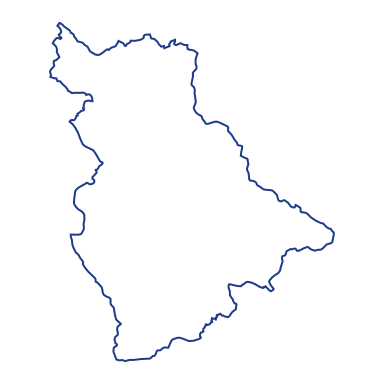 outline of Bao Thang, Lào Cai, Vietnam
{"feature_id": "81297802B25560916681091", "entity_name": "Bao Thang", "entity_type": "district", "adm_level": 2, "iso_a3": "VNM", "parent_name": "Vietnam", "parent_adm1": "Lào Cai", "projection": "orthographic", "projection_center": [104.134, 22.379], "detail": "fine", "context": "isolated", "style": "outline", "palette": "blue", "viewbox_px": 384, "rotation_deg": 0, "n_neighbors": 0, "source": "geoboundaries", "source_scale": "gbopen_adm2", "svg_char_len": 5804}
<svg xmlns="http://www.w3.org/2000/svg" viewBox="0 0 384 384"><path d="M197.6,53.3L194.2,50.7L191.6,49.9L189.6,49.9L188.6,49.1L187.7,49.1L187.4,48.0L187.4,45.1L184.2,45.0L180.4,43.2L176.5,45.0L175.8,45.0L174.5,44.4L174.2,44.2L174.2,43.8L174.5,42.3L175.1,41.4L175.0,39.8L170.6,41.6L170.4,42.7L169.3,43.8L169.2,44.9L169.7,45.8L169.4,46.2L164.3,48.2L164.0,46.0L161.3,46.7L159.0,44.4L157.5,41.9L154.1,38.8L151.7,38.6L151.2,38.2L149.9,34.5L149.2,34.5L145.3,34.7L143.7,35.9L143.8,37.2L143.4,38.2L140.4,39.8L135.4,40.8L130.6,40.7L130.2,42.3L126.9,44.2L125.7,46.0L124.9,45.9L123.8,44.0L122.6,42.9L118.5,40.9L117.6,42.9L115.6,46.1L115.1,46.4L111.4,47.7L109.4,49.1L108.8,50.0L107.4,49.4L106.5,49.6L103.9,51.8L99.8,54.6L97.8,55.0L95.2,54.5L94.5,54.2L93.7,53.4L93.3,53.4L90.5,51.7L89.9,51.1L87.5,46.7L84.3,44.7L83.6,43.6L82.3,42.6L77.4,41.3L76.5,39.5L74.1,36.3L73.8,35.0L72.8,33.7L70.6,32.7L70.2,31.2L69.5,30.3L64.0,26.4L62.6,24.8L59.9,23.0L59.1,23.1L58.6,24.7L57.7,25.2L57.4,25.9L59.6,27.9L60.5,29.3L61.1,31.5L61.0,32.7L58.7,34.8L59.5,35.5L59.7,37.3L61.3,37.5L61.3,38.3L60.4,39.0L57.9,38.0L56.5,38.1L53.8,41.2L52.8,43.5L54.7,45.0L56.2,46.8L57.0,49.5L56.8,52.1L59.3,57.0L58.9,57.8L57.7,58.7L56.6,59.9L53.9,60.9L53.6,63.3L54.2,65.3L54.1,66.2L51.1,69.4L50.2,70.9L50.1,72.4L51.0,75.0L50.4,76.9L54.6,78.4L55.8,78.2L56.4,78.4L57.4,81.1L58.7,81.3L59.9,81.2L62.3,83.9L65.8,87.1L67.6,89.5L68.1,90.9L69.7,91.5L71.6,93.0L78.3,92.7L79.4,93.0L81.7,92.6L83.9,92.8L85.9,93.8L86.2,94.9L88.6,94.3L90.0,94.6L91.3,96.1L92.1,97.6L92.4,101.2L88.5,100.6L87.0,100.8L84.8,101.7L83.7,104.9L83.8,106.8L83.0,107.9L83.2,108.4L84.1,109.0L83.8,110.2L82.7,110.7L81.2,110.8L79.8,112.3L77.4,113.8L77.8,115.5L76.4,115.9L76.0,117.6L74.5,119.8L73.8,120.2L71.1,120.1L69.9,121.1L69.6,121.7L72.6,124.2L75.5,128.1L77.9,132.5L80.7,139.9L82.7,144.1L84.2,145.6L86.1,146.8L93.1,150.2L95.2,152.9L99.9,161.0L100.5,161.6L102.5,162.5L102.7,163.1L101.6,164.6L99.6,165.9L98.9,166.7L97.9,168.9L97.1,169.5L95.7,169.8L95.8,170.5L96.6,171.7L96.5,172.8L92.3,177.3L92.6,179.0L93.6,179.5L94.2,180.3L94.4,181.7L94.0,182.6L93.0,183.5L91.9,184.0L90.0,184.3L86.8,182.7L85.3,183.8L78.5,187.6L76.1,189.8L75.4,191.1L75.0,192.1L74.7,195.8L74.2,198.5L74.0,203.3L74.8,205.2L76.6,207.7L78.6,209.5L82.3,211.8L84.1,214.3L84.3,215.0L84.4,219.7L83.6,224.2L83.9,228.0L83.6,229.6L82.3,232.2L80.9,234.2L78.1,234.7L70.7,234.6L70.8,236.8L71.8,239.6L72.5,245.1L73.3,247.3L75.8,252.4L78.6,254.9L79.9,257.5L82.8,261.4L83.2,262.5L82.9,263.8L83.0,264.5L85.7,268.6L88.2,271.6L95.0,278.2L95.5,279.2L95.7,281.7L97.5,282.6L101.8,287.4L102.6,290.9L102.6,292.2L103.7,294.7L106.2,296.5L108.8,297.4L110.5,298.8L110.6,303.7L111.1,304.8L113.3,307.1L113.8,307.9L115.1,315.7L116.2,319.6L120.8,323.8L120.7,324.2L118.0,326.3L117.3,327.6L117.1,329.6L117.8,332.4L117.9,334.6L115.3,337.0L114.5,339.2L115.3,342.9L116.9,344.4L116.9,345.5L113.9,347.6L113.4,351.2L113.6,352.2L116.4,359.5L118.8,360.2L119.7,360.4L122.2,360.0L124.6,360.9L125.6,361.0L129.7,359.9L132.6,360.0L141.7,359.0L150.0,358.6L152.9,356.0L154.2,355.9L154.7,355.6L156.0,353.6L156.7,351.2L157.4,350.5L160.5,350.2L162.3,348.5L164.5,347.4L168.3,347.7L171.1,341.3L172.1,339.9L172.9,339.4L177.3,337.8L179.4,337.7L182.9,338.7L189.1,341.1L193.7,340.7L199.3,338.9L200.7,338.0L200.8,337.3L200.0,336.3L200.0,334.1L201.1,332.4L202.4,332.3L203.5,331.2L203.2,330.2L203.4,328.7L204.8,327.2L205.8,324.4L206.2,324.3L206.6,325.1L207.3,325.1L209.7,324.2L211.0,322.4L212.1,322.2L212.1,321.3L211.4,320.3L211.9,319.3L212.0,318.2L213.2,318.8L214.5,318.5L215.5,319.5L215.9,319.5L216.0,317.7L217.1,316.8L216.6,315.7L216.8,315.0L217.4,314.7L218.3,314.9L220.0,313.7L220.5,313.9L221.9,315.5L223.3,315.5L224.2,316.3L227.9,317.2L229.7,315.9L230.8,313.9L232.8,311.5L235.8,309.4L236.0,308.8L235.8,307.7L236.4,305.7L236.5,304.2L236.1,303.7L234.8,303.5L234.3,303.0L233.3,301.2L232.8,299.5L231.5,297.8L229.9,295.1L229.9,291.5L228.6,287.8L228.6,285.8L229.0,284.4L230.6,284.4L237.9,286.1L241.1,286.2L242.2,284.7L243.3,284.5L246.0,282.3L247.7,281.8L251.8,282.7L255.5,284.4L259.0,286.5L262.8,288.0L263.1,287.9L263.7,287.0L264.5,287.3L264.9,286.7L265.6,286.3L269.2,290.2L270.3,291.0L271.2,291.2L273.4,289.6L273.6,288.8L270.6,285.0L269.2,282.1L269.2,281.1L270.4,279.3L272.2,277.4L275.2,275.0L277.6,273.6L279.3,271.8L280.3,269.8L280.6,267.8L282.6,261.5L281.9,257.7L282.4,256.2L285.1,255.3L286.0,253.5L286.4,251.6L286.9,251.0L290.6,249.0L292.0,249.3L294.6,248.5L295.7,248.9L297.1,250.8L297.8,250.9L298.6,250.5L299.1,250.7L304.1,248.1L307.5,247.0L308.0,247.0L310.7,249.2L314.3,250.6L316.0,250.4L318.3,249.7L319.9,249.8L321.3,249.4L323.1,248.1L326.7,244.4L331.3,243.1L332.2,242.2L333.9,234.1L333.8,233.3L333.7,232.5L331.6,230.3L330.8,228.9L329.1,228.6L326.9,227.4L323.0,223.4L321.2,223.2L315.5,220.5L311.1,217.5L306.8,213.3L304.4,212.5L301.3,212.2L300.7,211.6L300.4,208.2L300.1,207.6L296.0,205.1L295.5,205.0L295.2,206.5L294.6,207.4L292.9,207.4L290.9,206.5L288.1,202.8L284.7,200.3L283.8,200.2L281.2,201.4L279.2,200.9L278.3,200.0L277.1,195.7L276.5,194.4L272.9,190.9L271.6,190.3L264.5,189.6L263.0,189.1L260.7,187.2L257.4,185.3L256.7,184.2L256.3,182.9L254.9,181.7L253.5,181.0L250.0,180.5L249.2,179.3L248.6,173.2L247.0,169.8L247.1,168.2L248.4,164.1L247.8,161.3L247.6,159.3L247.1,158.7L244.0,157.5L240.8,155.7L241.1,153.1L242.2,147.4L242.1,146.3L241.3,145.8L238.2,145.3L237.5,144.7L237.1,143.0L234.7,139.9L231.6,134.8L228.0,130.8L228.0,129.7L228.3,127.9L228.0,127.0L227.1,126.2L220.4,123.0L218.3,122.1L216.4,121.6L214.5,121.8L208.1,123.8L206.7,123.9L205.8,123.6L204.4,121.4L202.7,119.3L201.4,116.0L197.9,114.2L196.0,112.5L194.3,109.7L193.7,107.7L195.8,102.1L195.0,95.5L194.5,93.4L194.8,89.8L194.1,87.4L191.6,85.0L191.5,83.5L193.1,75.6L192.8,74.4L192.9,73.0L193.6,71.7L196.1,69.2L196.4,68.4L196.6,66.6L195.6,63.8L195.6,60.1L196.1,57.5L197.6,53.3Z" fill="none" stroke="#1e3a8a" stroke-width="2"/></svg>